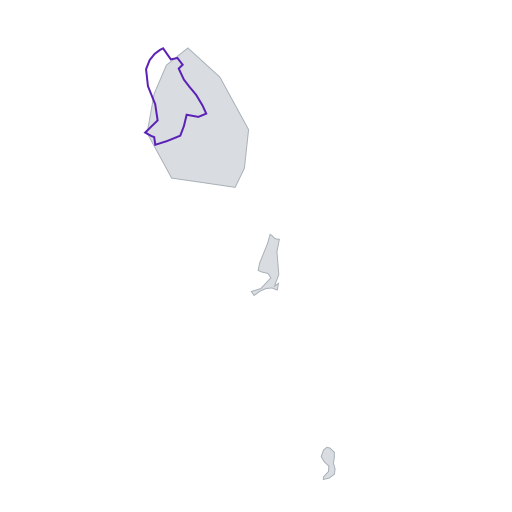 where Saint David sits in Saint Vincent and the Grenadines, rotated 325°
{"feature_id": "VCT-5066", "entity_name": "Saint David", "entity_type": "Parish", "adm_level": 1, "iso_a3": "VCT", "parent_name": "Saint Vincent and the Grenadines", "parent_adm1": "", "projection": "orthographic", "projection_center": [-61.207, 13.318], "detail": "fine", "context": "in_parent", "style": "outline", "palette": "violet", "viewbox_px": 512, "rotation_deg": 325, "n_neighbors": 0, "source": "natural_earth", "source_scale": "10m", "svg_char_len": 1120}
<svg xmlns="http://www.w3.org/2000/svg" viewBox="0 0 512 512"><g transform="rotate(325 256 256)"><path d="M296.9,177.4L278.3,187.8L231.6,143.8L237.3,92.9L265.5,64.8L292.1,48.3L319.5,46.5L329.0,88.7L322.4,148.2L296.9,177.4ZM264.1,284.2L253.9,291.3L258.7,291.3L253.9,296.1L250.7,291.3L245.6,288.4L239.2,287.1L231.8,287.2L231.8,282.4L241.3,285.4L255.7,282.4L255.8,277.1L251.5,272.4L249.6,269.0L254.9,263.9L272.6,252.4L280.0,246.4L280.9,248.8L281.2,251.2L282.0,253.4L284.7,255.7L275.6,264.5L264.1,284.2ZM195.2,479.6L188.7,479.9L183.0,477.7L184.5,475.7L191.8,474.1L195.2,469.8L193.9,464.0L194.3,457.7L200.0,453.7L204.4,453.3L206.4,455.8L207.6,461.7L204.3,466.3L200.6,470.0L198.7,475.7L195.2,479.6Z" fill="#d9dde1" stroke="#a8b0b8" stroke-width="1"/><path d="M237.3,107.1L240.8,100.2L239.1,97.7L236.0,91.3L253.2,88.5L260.5,73.8L264.9,54.9L273.1,39.9L281.3,34.5L288.9,32.3L295.7,32.1L299.0,32.6L299.0,46.1L305.2,48.7L305.6,57.3L300.2,58.1L298.1,70.1L298.5,79.1L299.4,89.8L298.5,102.2L296.9,110.8L288.6,109.0L280.2,100.5L271.5,108.2L263.0,114.0L249.0,110.8L237.3,107.1Z" fill="none" stroke="#5b21b6" stroke-width="2"/></g></svg>